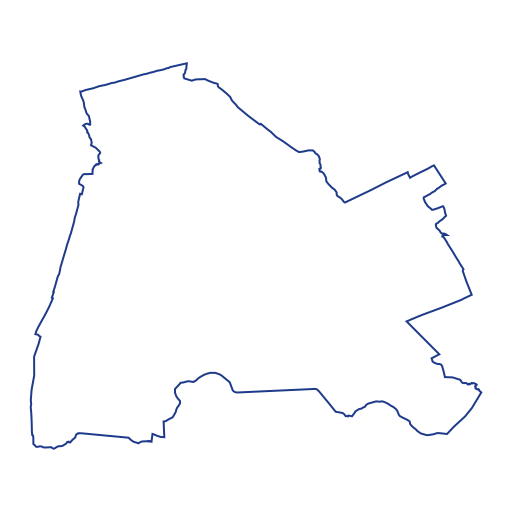 the district of Racova, Bacau, Romania
{"feature_id": "2599482B19806401166229", "entity_name": "Racova", "entity_type": "district", "adm_level": 2, "iso_a3": "ROU", "parent_name": "Romania", "parent_adm1": "Bacau", "projection": "equal_earth", "projection_center": [26.765, 46.708], "detail": "fine", "context": "isolated", "style": "outline", "palette": "blue", "viewbox_px": 512, "rotation_deg": 0, "n_neighbors": 0, "source": "geoboundaries", "source_scale": "gbopen_adm2", "svg_char_len": 5912}
<svg xmlns="http://www.w3.org/2000/svg" viewBox="0 0 512 512"><path d="M447.0,434.0L454.1,426.5L465.0,416.5L471.9,408.0L481.3,392.4L479.5,390.9L478.9,389.5L478.3,389.1L477.4,389.5L476.8,389.0L475.6,388.5L475.7,387.7L475.4,386.7L475.1,386.6L475.1,386.3L476.3,385.4L476.7,384.7L475.9,384.0L475.2,383.8L473.8,383.1L473.0,383.1L472.7,383.4L471.6,383.0L470.4,384.1L469.5,384.3L469.5,383.9L469.1,383.7L467.9,384.4L466.1,383.0L463.1,383.1L462.2,382.6L461.2,381.4L460.3,379.8L452.6,377.4L444.9,377.1L443.8,372.1L442.1,366.0L441.0,364.5L439.4,364.0L437.6,364.0L434.5,362.9L432.6,361.5L431.6,358.3L439.3,354.3L406.6,321.4L415.7,317.5L422.4,314.8L442.1,307.5L462.1,299.5L462.8,299.0L471.7,294.8L466.3,281.2L462.8,271.1L462.8,270.5L463.5,269.3L460.1,264.0L458.4,261.0L456.1,257.4L452.1,250.7L447.8,244.0L447.1,242.5L444.2,237.9L443.1,236.7L442.3,236.5L442.5,235.7L443.6,235.3L444.7,235.0L446.9,235.0L445.4,234.0L444.7,233.7L441.9,233.5L440.7,232.5L439.5,230.5L436.6,227.9L436.3,227.2L435.8,225.0L436.1,223.9L438.0,222.8L438.5,222.2L440.2,220.8L442.8,219.1L443.4,218.3L446.1,215.7L444.9,212.2L444.7,210.1L443.9,207.6L442.9,206.2L438.1,208.1L433.3,209.7L432.0,209.8L430.7,208.5L428.0,206.4L427.3,205.5L426.0,203.4L425.2,202.4L423.8,199.0L423.6,197.9L423.8,197.3L425.9,196.3L428.8,194.6L429.5,194.4L432.4,192.3L433.9,191.6L435.0,190.9L436.8,189.1L436.9,188.8L437.7,188.6L441.9,185.5L443.9,184.6L445.7,183.5L434.0,165.4L432.1,166.2L428.2,168.5L417.8,173.6L411.3,176.9L410.1,177.8L409.0,175.8L408.0,173.7L407.7,172.2L386.2,182.3L371.1,190.0L345.0,202.5L343.8,201.8L341.9,199.2L340.2,197.7L337.2,195.8L336.7,194.6L336.6,192.4L334.8,189.8L331.9,187.6L328.3,183.9L326.4,181.3L326.2,180.9L326.1,178.4L325.8,177.3L324.2,174.3L323.7,173.5L321.7,171.7L321.0,171.5L320.4,171.7L319.9,171.5L319.5,170.6L319.4,168.9L320.6,168.6L320.8,168.3L320.9,167.6L320.6,167.3L320.5,166.6L320.6,165.1L320.4,164.5L319.5,162.8L319.7,162.0L319.5,160.5L319.8,159.6L319.8,158.9L318.7,156.0L318.1,155.2L316.4,153.8L315.6,153.4L315.2,153.0L314.7,152.0L312.8,150.4L308.4,150.4L303.0,151.6L299.1,152.1L296.3,150.6L291.7,147.5L283.1,141.3L276.0,136.9L270.9,131.9L267.9,129.7L260.8,123.8L260.0,124.5L258.4,123.5L248.4,116.0L237.7,107.1L235.9,104.6L232.5,101.2L231.4,99.5L230.3,97.1L226.6,93.5L222.0,89.7L218.6,87.2L217.9,86.2L217.7,84.0L216.5,83.5L214.2,83.0L210.0,81.4L207.6,80.4L205.1,79.1L196.2,79.4L194.3,79.8L191.9,80.7L184.3,78.4L183.8,77.2L183.9,76.7L183.6,76.2L183.7,75.5L183.5,74.9L183.6,74.5L184.5,73.7L184.9,73.1L185.3,71.5L185.5,69.9L186.4,68.8L186.3,67.1L186.6,65.4L186.8,63.3L170.1,67.1L169.0,67.8L166.4,68.4L164.2,69.3L159.5,70.4L156.8,70.8L154.1,71.8L150.2,72.7L146.5,73.8L143.4,74.4L124.4,79.9L118.2,81.4L114.7,82.6L111.7,83.0L105.2,85.0L99.5,86.1L93.4,88.2L85.3,90.1L82.0,91.4L81.0,91.6L80.3,91.5L80.6,93.5L81.2,96.0L82.7,99.4L83.8,102.3L84.4,107.3L85.1,108.6L86.3,112.4L86.8,113.7L88.4,115.4L89.0,116.4L89.5,119.0L90.1,121.1L90.2,124.6L89.5,124.8L88.1,123.9L87.1,123.7L86.2,123.8L84.7,124.4L83.2,125.6L84.5,126.5L87.3,130.7L87.2,131.6L87.2,132.4L88.1,132.9L89.1,135.3L89.6,137.5L90.3,138.4L90.7,138.8L91.1,139.5L91.2,140.5L91.6,142.0L91.6,143.3L91.0,144.9L91.3,145.6L92.3,145.8L92.9,146.3L94.0,146.8L95.7,147.7L99.6,151.5L100.2,152.5L100.0,153.3L98.7,154.9L98.3,155.6L98.3,156.8L98.7,159.5L99.2,160.1L98.9,161.1L99.2,161.8L100.8,162.9L99.6,163.3L98.4,164.5L97.9,164.5L97.7,163.9L96.8,164.2L96.1,164.9L95.9,164.6L95.7,164.7L95.6,165.3L94.4,166.1L93.0,168.7L92.5,170.1L92.7,171.2L92.5,171.9L92.5,173.9L85.8,174.2L85.0,174.0L83.9,174.2L83.0,174.6L81.1,177.2L79.9,179.1L79.3,180.4L79.0,183.1L79.3,184.0L81.0,184.8L82.9,186.1L83.4,186.7L83.5,187.4L81.8,194.3L80.1,193.8L78.5,200.6L78.2,202.8L78.5,204.8L76.5,212.0L76.2,213.4L74.9,217.3L74.1,221.6L73.1,225.3L70.8,233.6L70.0,235.5L69.1,238.7L66.9,245.3L65.9,249.2L63.4,257.4L60.4,267.6L60.0,270.3L59.0,274.6L58.3,275.4L57.6,277.1L55.0,286.5L53.3,291.8L53.8,292.0L52.3,296.5L51.8,297.7L52.9,298.3L49.2,306.7L46.1,312.9L38.5,326.6L36.3,331.1L35.4,334.1L38.1,334.8L39.2,336.0L40.5,336.7L38.7,343.5L34.1,356.7L34.2,375.6L31.6,389.7L30.8,400.2L31.2,403.9L30.7,407.1L31.3,413.7L31.7,422.8L31.9,431.5L32.2,435.0L32.9,435.3L33.3,437.1L33.4,444.1L34.4,444.8L35.9,446.6L36.6,446.8L37.9,446.8L40.0,446.3L41.7,446.5L43.3,447.4L45.6,447.5L51.3,447.2L52.5,448.2L53.7,448.7L55.0,448.2L56.7,447.0L58.7,446.2L60.8,446.2L62.6,445.8L66.4,443.4L67.2,442.0L68.6,441.7L68.7,442.2L69.7,442.5L70.4,442.3L71.4,441.0L72.5,439.8L75.0,437.7L75.4,437.1L75.5,436.3L76.3,434.4L77.4,433.8L78.3,433.6L78.4,433.2L81.6,433.3L128.5,437.7L131.1,440.1L133.5,441.7L138.5,443.3L139.2,442.7L141.0,441.8L142.5,441.4L144.7,441.4L146.4,441.2L147.7,441.4L148.3,440.9L149.3,441.1L149.4,441.5L150.1,441.5L150.2,441.2L151.5,441.7L152.5,433.9L153.5,434.2L157.1,435.8L161.0,437.0L164.3,437.2L163.6,421.5L164.7,421.4L166.1,420.9L166.8,420.5L167.6,419.9L172.6,417.3L173.7,415.6L175.8,411.8L176.2,409.9L177.1,407.8L179.7,404.0L180.1,402.9L180.0,401.4L179.8,400.7L177.7,398.4L176.1,395.8L175.0,392.7L175.0,389.0L179.7,384.0L180.5,382.8L183.2,382.5L186.4,381.6L188.5,381.2L193.5,382.0L194.2,381.3L195.4,381.0L198.3,378.3L200.5,376.8L204.1,374.8L207.0,373.7L210.6,372.8L215.4,372.9L219.5,374.3L221.4,375.4L229.7,382.2L232.7,390.2L233.6,391.3L235.3,392.2L237.3,392.5L315.5,388.9L317.0,389.5L317.8,390.1L319.4,391.8L330.7,405.5L335.6,411.7L342.6,413.0L344.3,414.3L345.6,416.1L348.0,416.3L348.1,415.7L348.7,415.6L352.0,416.3L354.7,412.7L355.4,411.4L359.2,409.0L361.6,408.6L362.8,407.6L364.6,407.0L365.9,405.3L366.7,404.5L368.5,403.5L376.1,401.4L379.9,401.7L382.2,401.3L385.3,402.4L387.4,403.4L389.8,404.9L390.5,405.5L393.2,406.9L394.9,408.2L396.2,409.4L397.0,410.4L397.6,411.6L398.9,414.9L399.5,415.7L400.1,416.2L402.6,417.6L407.4,419.9L409.5,421.3L409.9,422.3L410.0,423.7L411.3,425.5L413.3,427.4L415.8,429.3L417.3,431.0L421.0,433.5L427.0,435.2L430.3,434.8L434.2,434.1L436.5,433.2L439.1,433.1L447.0,434.0Z" fill="none" stroke="#1e3a8a" stroke-width="2"/></svg>